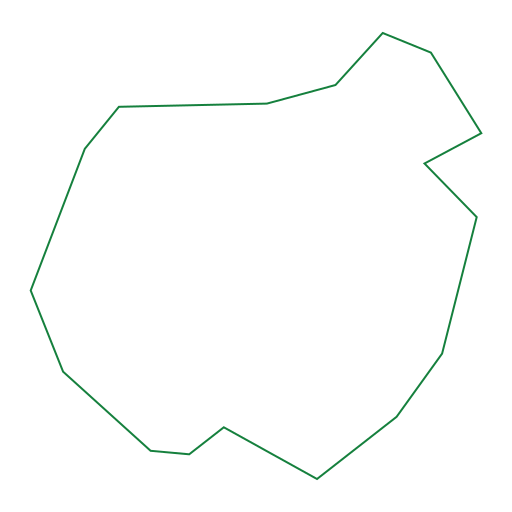 Staunton, Virginia, United States of America
{"feature_id": "52423323B96137382853901", "entity_name": "Staunton", "entity_type": "district", "adm_level": 2, "iso_a3": "USA", "parent_name": "United States of America", "parent_adm1": "Virginia", "projection": "equal_earth", "projection_center": [-79.059, 38.161], "detail": "fine", "context": "isolated", "style": "outline", "palette": "green", "viewbox_px": 512, "rotation_deg": 0, "n_neighbors": 0, "source": "geoboundaries", "source_scale": "gbopen_adm2", "svg_char_len": 336}
<svg xmlns="http://www.w3.org/2000/svg" viewBox="0 0 512 512"><path d="M63.1,371.7L150.6,450.8L189.2,454.3L223.8,427.3L317.0,479.0L396.6,416.8L442.1,353.6L476.7,217.1L424.5,163.5L481.3,133.2L430.9,52.6L382.7,33.0L335.5,85.0L266.9,103.6L118.9,106.8L84.8,148.8L30.7,290.5L63.1,371.7Z" fill="none" stroke="#15803d" stroke-width="2"/></svg>